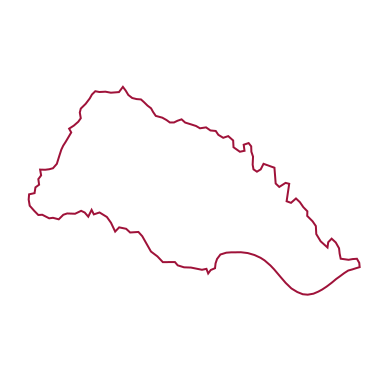 Caiçara, Rio Grande do Sul, Brazil (Mercator projection), rotated 177°
{"feature_id": "56859067B15566329733974", "entity_name": "Caiçara", "entity_type": "district", "adm_level": 2, "iso_a3": "BRA", "parent_name": "Brazil", "parent_adm1": "Rio Grande do Sul", "projection": "mercator", "projection_center": [-53.474, -27.247], "detail": "fine", "context": "isolated", "style": "outline", "palette": "rose", "viewbox_px": 384, "rotation_deg": 177, "n_neighbors": 0, "source": "geoboundaries", "source_scale": "gbopen_adm2", "svg_char_len": 2142}
<svg xmlns="http://www.w3.org/2000/svg" viewBox="0 0 384 384"><g transform="rotate(177 192 192)"><path d="M28.5,108.2L28.7,112.5L30.8,116.7L35.2,116.6L39.2,116.1L47.0,117.6L47.8,122.8L48.1,128.1L51.1,134.1L55.0,138.1L58.6,134.7L59.6,129.5L66.1,136.0L70.1,143.5L70.1,151.5L73.1,156.4L78.2,162.1L77.8,166.7L81.6,171.0L84.8,176.2L88.5,180.1L93.7,176.0L98.0,177.8L94.5,195.1L98.1,196.2L104.6,192.5L108.0,196.1L108.4,211.9L119.1,216.4L122.2,211.0L126.1,208.9L129.4,211.4L130.0,216.1L129.2,224.1L130.6,229.1L130.5,234.5L132.9,237.9L137.9,236.5L137.4,230.4L142.1,229.7L148.2,234.5L148.2,241.3L152.9,245.9L158.0,244.5L162.7,247.7L165.1,251.7L170.4,252.5L174.6,255.8L180.7,255.2L184.5,257.7L189.2,259.5L195.2,261.7L198.6,265.1L202.8,263.9L206.3,262.4L210.5,262.6L213.7,265.2L217.8,267.8L224.2,269.9L226.7,274.0L228.5,277.7L231.9,280.6L235.2,284.2L238.1,287.1L242.5,287.7L246.8,289.0L250.5,292.2L252.9,296.7L255.5,300.6L259.7,295.6L267.8,295.4L273.2,296.7L279.3,296.7L283.3,297.7L286.8,294.6L289.2,290.8L293.6,285.6L298.7,281.1L299.9,277.2L299.2,271.5L301.9,268.1L306.5,264.5L311.4,261.7L309.5,257.8L312.6,253.1L315.6,248.6L318.2,245.0L320.3,241.1L322.7,234.8L325.5,227.2L329.6,223.0L333.4,222.2L337.4,221.9L342.5,222.3L341.8,216.5L344.8,212.9L344.3,207.3L348.1,204.8L349.3,199.1L354.8,198.2L355.5,193.0L354.8,186.8L350.5,181.4L346.7,177.1L342.7,177.1L336.0,173.2L332.2,173.5L326.5,171.7L321.7,176.0L317.8,177.1L309.9,176.4L303.7,179.0L300.2,177.1L296.9,172.8L293.2,179.4L291.2,174.8L285.4,176.4L278.3,171.5L274.5,165.5L270.8,156.5L266.6,160.5L259.7,158.7L255.9,154.8L247.6,154.9L244.0,150.5L236.1,134.7L229.9,129.5L224.8,123.5L216.5,123.1L212.7,122.9L210.1,119.5L203.9,117.2L197.0,116.6L186.1,113.8L181.6,114.5L180.1,109.8L177.4,113.1L173.0,114.7L172.2,119.5L170.5,123.8L166.9,128.1L160.9,129.6L155.8,129.7L152.0,129.5L146.4,129.3L139.5,128.1L132.9,125.8L127.0,122.7L123.1,119.9L117.5,114.5L114.0,110.4L108.0,102.5L103.2,96.3L97.8,90.5L92.1,86.6L86.7,84.1L81.8,83.4L76.0,84.1L71.1,85.9L67.1,87.8L62.5,90.5L57.2,94.1L52.7,97.5L48.5,100.2L44.3,103.0L40.1,105.4L36.0,106.3L32.2,107.3L28.5,108.2Z" fill="none" stroke="#9f1239" stroke-width="2"/></g></svg>